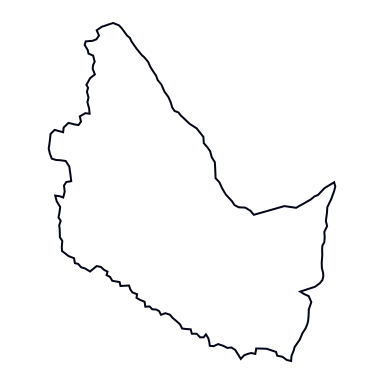 Colorado, Paraná, Brazil (Mercator projection)
{"feature_id": "56859067B48104016999409", "entity_name": "Colorado", "entity_type": "district", "adm_level": 2, "iso_a3": "BRA", "parent_name": "Brazil", "parent_adm1": "Paraná", "projection": "mercator", "projection_center": [-51.974, -22.817], "detail": "fine", "context": "isolated", "style": "outline", "palette": "ink", "viewbox_px": 384, "rotation_deg": 0, "n_neighbors": 0, "source": "geoboundaries", "source_scale": "gbopen_adm2", "svg_char_len": 2592}
<svg xmlns="http://www.w3.org/2000/svg" viewBox="0 0 384 384"><path d="M214.8,162.1L211.8,157.4L210.1,151.1L206.8,146.6L203.8,143.2L203.4,136.9L196.6,128.3L189.6,123.8L185.5,119.9L180.7,115.4L178.5,112.5L174.5,110.9L172.2,107.5L170.6,102.0L168.3,96.9L164.5,91.7L161.4,84.6L157.6,79.9L156.1,75.7L152.8,70.8L150.2,66.6L148.1,61.8L144.1,57.1L141.6,54.9L136.5,48.6L131.6,41.6L129.9,37.9L127.1,35.6L121.6,28.1L118.9,25.3L113.0,23.0L101.7,26.8L96.7,30.3L99.0,35.6L96.4,39.3L92.6,40.8L85.7,41.4L84.7,45.0L87.7,50.0L88.5,53.6L93.1,55.6L94.7,61.7L93.0,65.3L92.7,68.9L94.9,74.4L90.1,78.2L86.4,84.9L88.1,87.8L86.9,91.7L88.5,97.5L87.4,102.2L89.1,108.4L89.6,113.7L85.3,113.2L79.8,116.4L81.0,121.6L78.5,125.1L74.5,124.4L68.5,122.9L63.7,127.5L63.1,132.2L54.6,129.9L50.6,133.9L49.6,142.6L48.7,148.6L49.9,153.7L51.8,158.7L56.3,160.0L60.1,160.2L65.7,161.0L69.3,166.6L70.5,175.0L71.2,181.2L66.3,182.0L64.0,185.6L64.7,191.8L63.2,197.5L60.0,196.3L55.2,195.6L56.8,201.5L60.2,207.0L59.3,213.5L58.5,217.4L60.7,220.9L59.2,225.4L59.7,229.4L59.9,237.3L62.3,240.9L61.8,247.2L62.0,251.0L65.5,253.7L68.7,256.1L74.0,258.2L74.9,263.1L78.1,263.9L81.2,267.3L84.9,268.4L90.1,271.5L96.6,266.1L100.8,266.9L104.1,269.9L107.5,271.6L106.6,275.1L110.0,276.9L112.3,280.8L119.6,282.1L120.5,286.0L125.6,285.7L129.0,285.5L130.3,289.4L132.4,292.4L137.1,294.2L136.5,297.8L139.3,299.5L144.6,301.8L145.3,306.7L149.7,306.5L152.1,309.2L156.3,309.6L159.1,311.1L161.0,314.8L165.4,313.2L169.9,314.7L172.4,317.7L176.4,321.1L180.1,324.4L182.1,328.5L185.9,329.0L190.7,329.3L191.8,333.7L196.8,333.8L200.1,337.3L203.6,337.3L205.9,334.4L208.3,338.2L209.2,341.6L209.8,345.8L213.6,346.2L218.0,344.1L223.2,345.8L227.3,347.9L231.4,347.5L235.3,350.0L238.1,354.5L240.8,358.9L244.1,355.3L247.8,353.9L251.2,353.0L255.3,353.9L256.2,348.5L262.5,348.6L266.7,348.8L273.1,350.9L276.1,352.0L277.2,355.7L282.5,356.8L286.8,360.0L291.1,361.0L291.5,356.0L293.6,350.8L294.6,347.1L299.7,339.7L302.5,333.1L305.5,328.5L307.0,325.0L308.1,321.3L308.6,315.7L308.8,309.4L311.3,302.1L308.7,296.1L304.0,294.0L300.2,291.6L308.8,288.8L314.9,286.8L320.0,283.1L322.4,280.0L323.3,276.4L323.1,272.9L321.9,268.1L321.7,263.1L322.3,254.9L322.1,249.8L322.4,245.5L324.3,242.3L324.7,237.1L324.3,231.9L327.1,226.1L325.9,221.0L327.0,212.4L327.3,207.2L331.3,198.9L332.7,194.9L334.1,191.2L335.3,186.5L334.1,182.3L324.5,188.1L317.9,195.1L314.6,196.3L310.6,199.6L296.1,207.8L284.4,206.1L253.8,214.8L250.5,210.8L245.2,207.6L238.8,207.3L234.5,205.1L231.9,201.1L225.8,194.5L223.5,190.7L221.8,187.6L219.4,182.3L215.6,178.2L215.1,166.6L214.8,162.1Z" fill="none" stroke="#020617" stroke-width="2"/></svg>